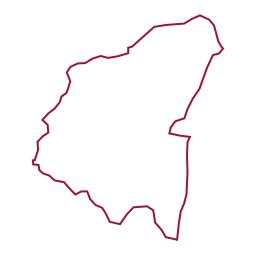 outline of Nässjö, Jönköping, Sweden
{"feature_id": "70781695B63607124803210", "entity_name": "Nässjö", "entity_type": "district", "adm_level": 2, "iso_a3": "SWE", "parent_name": "Sweden", "parent_adm1": "Jönköping", "projection": "mercator", "projection_center": [14.674, 57.636], "detail": "fine", "context": "isolated", "style": "outline", "palette": "rose", "viewbox_px": 256, "rotation_deg": 0, "n_neighbors": 0, "source": "geoboundaries", "source_scale": "gbopen_adm2", "svg_char_len": 1093}
<svg xmlns="http://www.w3.org/2000/svg" viewBox="0 0 256 256"><path d="M189.9,136.9L179.8,135.6L169.3,133.4L170.8,127.4L175.3,121.3L184.4,118.3L187.4,109.3L192.7,98.7L199.4,88.9L203.2,78.4L207.0,67.8L213.0,55.0L219.0,53.5L223.1,48.5L221.7,47.2L218.3,41.4L216.4,34.2L214.0,25.5L209.2,19.7L200.0,15.4L192.3,18.7L184.1,23.6L165.8,25.0L154.2,26.9L141.7,38.0L132.0,46.7L128.2,47.7L128.2,53.2L117.7,56.3L108.1,57.9L100.7,56.0L92.7,58.5L85.0,63.1L77.9,63.4L70.5,66.8L66.8,72.4L70.2,81.3L67.7,89.7L66.2,93.1L61.5,96.5L59.7,102.3L54.7,108.5L48.6,113.1L42.4,119.9L47.6,124.8L48.3,132.6L42.7,136.3L37.5,141.8L38.1,149.8L34.7,160.3L32.9,160.3L33.2,164.4L38.5,164.9L39.4,170.2L43.3,173.5L49.1,175.5L54.4,180.3L64.0,182.2L70.8,189.9L75.4,194.5L81.4,191.4L87.2,191.4L90.1,199.1L95.4,204.9L102.1,207.8L105.5,213.1L109.8,221.8L120.0,224.2L126.7,214.5L133.5,207.3L147.0,206.3L153.2,210.2L155.2,222.7L161.9,230.4L165.8,237.2L176.9,239.6L177.0,240.6L178.8,223.7L180.7,211.6L184.1,203.4L186.5,194.3L187.0,183.2L187.5,172.6L187.0,156.2L187.5,142.2L189.9,136.9Z" fill="none" stroke="#9f1239" stroke-width="2"/></svg>